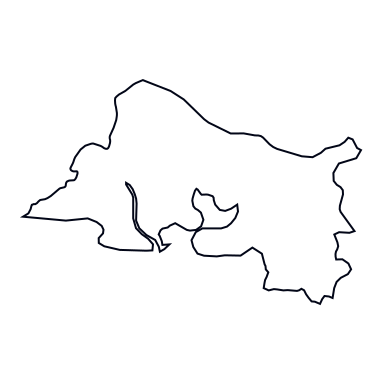 outline of Bouches-du-Rhône
{"feature_id": "FRA-5274", "entity_name": "Bouches-du-Rhône", "entity_type": "Metropolitan department", "adm_level": 1, "iso_a3": "FRA", "parent_name": "France", "parent_adm1": "", "projection": "orthographic", "projection_center": [4.982, 43.547], "detail": "fine", "context": "isolated", "style": "outline", "palette": "ink", "viewbox_px": 384, "rotation_deg": 0, "n_neighbors": 0, "source": "natural_earth", "source_scale": "10m", "svg_char_len": 3050}
<svg xmlns="http://www.w3.org/2000/svg" viewBox="0 0 384 384"><path d="M332.6,298.0L329.0,296.5L324.5,296.0L322.2,299.1L320.0,303.9L314.9,301.7L311.6,301.4L308.6,297.8L306.1,294.3L304.1,290.3L301.4,288.8L299.1,290.3L297.0,290.9L287.6,290.1L283.4,290.4L277.0,289.4L273.9,289.1L268.7,290.4L263.7,288.1L264.5,283.0L265.1,280.0L266.6,277.0L268.3,272.3L265.8,269.4L265.5,266.0L264.6,264.3L261.9,253.7L252.4,247.6L240.6,255.6L224.8,255.3L216.8,256.4L204.0,255.7L197.5,253.6L193.3,247.0L191.5,240.2L195.8,232.1L202.4,228.4L221.1,228.4L227.0,226.6L231.0,223.3L235.3,218.0L238.0,211.5L237.2,204.6L231.1,208.7L225.2,210.9L219.8,209.9L215.2,204.6L213.8,200.2L213.6,197.7L212.6,196.2L208.2,194.7L206.6,194.5L201.6,194.7L200.7,193.8L197.7,189.6L196.4,188.8L195.0,190.7L193.7,194.6L192.6,198.5L192.3,200.7L193.4,206.2L195.3,208.6L197.9,210.0L200.9,212.6L203.4,219.8L201.1,226.3L196.1,229.9L190.0,230.6L186.8,229.9L175.2,223.2L169.9,225.6L167.7,227.5L162.5,228.6L160.5,230.4L158.7,234.4L159.7,235.9L161.8,241.2L162.4,244.9L169.4,244.4L164.4,249.1L159.9,251.7L158.8,246.7L155.2,240.0L146.4,235.0L139.3,228.3L136.1,220.6L136.6,203.6L136.1,198.6L134.8,194.3L132.7,189.2L129.7,185.0L126.1,182.8L126.1,184.5L132.3,194.6L133.2,197.6L133.2,218.4L136.0,228.2L141.8,234.2L148.2,238.8L153.0,244.3L152.4,250.4L146.3,250.7L119.8,249.9L104.3,246.3L98.8,243.0L98.7,238.1L103.0,233.4L103.5,229.7L101.7,225.9L96.6,222.0L87.7,218.4L65.9,220.6L23.0,216.7L28.4,213.4L30.6,209.2L31.3,206.4L31.7,205.2L31.8,205.0L31.9,204.8L32.4,204.7L33.6,204.1L35.4,204.1L37.0,203.1L38.5,201.4L40.2,200.0L45.0,199.2L47.5,198.1L50.8,196.0L59.4,188.7L60.3,188.2L64.2,187.3L65.1,186.8L65.7,185.9L65.9,184.0L66.2,182.7L66.9,181.6L68.5,180.8L69.7,180.5L73.3,180.3L74.3,180.1L75.3,179.1L76.3,177.4L77.5,173.7L77.5,172.1L76.8,171.3L74.7,171.4L73.6,171.4L72.5,171.1L71.6,170.6L70.9,170.0L70.5,169.2L70.4,168.3L70.9,167.1L72.8,163.4L73.4,161.9L74.3,159.1L75.2,157.1L80.6,149.5L85.3,145.7L90.9,143.8L91.9,143.6L93.0,143.5L94.1,143.8L100.6,145.9L102.4,146.9L104.0,148.1L104.9,148.5L105.9,148.8L106.8,148.8L107.4,148.7L108.2,148.0L109.0,146.5L110.0,143.0L110.2,141.1L110.1,139.7L109.8,138.9L109.7,137.9L109.7,136.9L110.0,135.7L113.6,127.8L116.2,120.1L116.7,116.9L116.9,115.1L116.9,113.0L115.9,106.7L115.6,105.7L115.2,103.7L115.0,100.5L115.2,98.1L116.5,96.6L119.0,94.5L125.2,91.0L133.2,84.6L135.8,83.1L142.8,80.1L170.6,91.0L183.7,99.4L204.1,119.2L208.6,122.6L230.7,133.5L243.7,133.4L254.9,135.4L258.4,135.5L260.9,136.1L263.1,137.6L269.6,144.3L273.2,147.0L277.1,148.9L301.8,156.3L312.6,157.2L320.9,152.8L325.5,148.7L339.5,145.3L344.6,141.9L348.3,137.7L352.6,139.4L357.1,148.0L361.0,150.1L356.3,158.2L338.9,163.5L333.4,173.0L333.7,180.9L336.8,184.8L340.5,187.1L342.8,190.2L343.0,194.4L339.9,205.7L339.7,209.2L340.6,211.9L354.5,231.1L349.4,232.8L339.1,232.2L334.3,234.5L337.4,242.3L338.2,246.2L337.2,249.4L336.0,251.5L335.5,254.0L335.6,256.7L336.2,259.5L342.4,259.3L348.4,263.5L351.1,269.3L347.9,274.1L340.8,277.8L336.6,281.9L334.2,288.1L332.6,298.0L332.6,298.0Z" fill="none" stroke="#020617" stroke-width="2"/></svg>